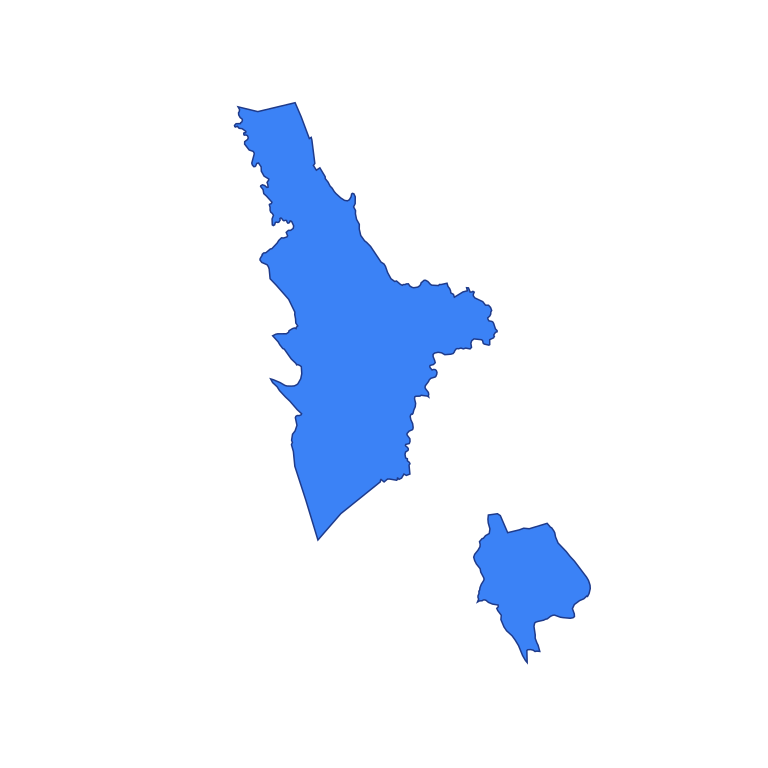 the district of Huehuetla, Puebla, Mexico, rotated 333°
{"feature_id": "50627088B77344252061017", "entity_name": "Huehuetla", "entity_type": "district", "adm_level": 2, "iso_a3": "MEX", "parent_name": "Mexico", "parent_adm1": "Puebla", "projection": "equal_earth", "projection_center": [-97.616, 20.098], "detail": "fine", "context": "isolated", "style": "filled", "palette": "blue", "viewbox_px": 768, "rotation_deg": 333, "n_neighbors": 0, "source": "geoboundaries", "source_scale": "gbopen_adm2", "svg_char_len": 6144}
<svg xmlns="http://www.w3.org/2000/svg" viewBox="0 0 768 768"><g transform="rotate(333 384 384)"><path d="M431.1,131.2L428.9,131.4L431.5,108.5L432.5,93.0L395.2,84.0L379.8,70.8L379.9,73.9L378.8,75.5L377.5,76.3L376.7,78.3L376.8,81.3L377.9,83.7L377.6,84.7L376.2,86.0L374.9,86.1L374.3,86.8L370.4,84.9L368.2,85.7L367.9,86.9L368.3,87.6L370.3,87.8L371.0,90.4L373.5,92.1L375.5,96.0L375.4,96.7L374.7,97.3L373.5,96.6L372.9,96.9L372.3,98.3L372.5,98.8L374.2,99.6L374.9,100.5L375.1,101.1L374.8,103.1L373.4,104.2L369.9,104.8L368.7,107.0L370.1,114.3L373.0,117.3L373.2,118.7L372.9,120.0L366.5,127.1L366.1,128.9L366.6,131.2L367.7,131.7L368.6,131.5L370.8,129.7L372.5,130.1L373.1,134.7L371.3,138.7L371.5,144.3L374.4,149.0L373.8,149.9L371.3,151.3L371.0,153.6L370.1,156.0L368.9,155.7L367.8,153.0L366.1,151.3L364.2,151.4L363.7,152.0L364.5,155.8L363.3,159.8L364.6,163.2L366.7,171.1L365.5,172.1L363.6,171.9L363.2,172.2L362.7,174.9L361.4,177.4L361.1,179.4L361.9,181.3L362.1,183.5L359.2,186.1L356.7,191.5L357.3,192.6L358.0,192.6L358.4,192.3L358.8,192.5L360.5,190.8L361.4,190.8L362.8,191.9L363.9,192.0L365.8,190.9L366.4,189.3L367.2,189.2L367.9,189.7L368.3,192.1L368.9,193.1L370.7,193.5L371.4,194.1L371.1,195.8L371.4,197.1L372.5,197.3L373.5,197.0L374.0,196.2L374.9,196.3L375.5,197.5L375.3,202.1L373.7,204.2L370.5,204.7L368.6,203.7L365.7,204.5L365.4,208.2L364.2,208.9L360.7,208.3L359.0,207.2L355.4,208.3L352.8,209.9L345.6,212.5L343.9,212.1L338.3,213.4L336.2,212.6L334.3,213.2L334.3,213.7L330.6,216.0L329.8,217.2L330.3,220.2L334.0,224.7L334.2,227.0L333.9,229.4L330.3,238.5L332.9,247.2L337.5,265.3L337.2,279.5L336.0,281.6L334.8,285.7L333.1,289.6L333.5,293.1L331.5,293.7L330.8,294.7L329.6,293.4L327.6,293.1L323.6,293.4L322.5,294.6L319.8,294.9L312.0,291.0L310.1,290.5L306.7,290.5L308.8,298.3L309.0,301.8L309.9,306.4L311.0,307.7L312.7,319.5L314.8,325.5L314.9,327.4L316.0,327.5L317.6,329.6L318.2,331.0L315.4,337.5L312.2,341.5L307.4,344.7L306.2,345.0L303.3,345.0L300.4,343.8L296.6,341.7L295.1,340.3L292.1,335.6L287.4,330.0L285.3,328.0L285.4,332.2L287.5,337.9L287.9,342.4L290.3,350.8L292.3,356.4L295.0,367.4L297.1,373.1L296.2,373.8L294.2,373.7L292.4,372.7L290.8,372.8L289.7,373.8L287.7,381.3L283.5,385.4L279.7,387.2L276.1,392.2L275.9,394.5L274.0,396.0L272.6,403.0L267.2,416.8L261.6,452.1L254.3,493.0L286.7,479.9L336.3,469.5L337.3,468.0L338.0,467.7L339.6,471.3L343.9,470.3L345.8,471.2L351.6,475.5L352.5,475.2L353.3,473.9L353.6,474.0L354.1,475.8L356.9,475.8L360.9,473.3L362.4,475.6L366.2,476.0L369.5,467.6L370.9,466.9L371.0,465.4L370.0,463.0L370.9,461.2L369.7,459.7L370.8,456.2L372.3,454.4L375.2,454.1L375.9,453.4L376.3,452.4L376.1,451.1L375.2,449.1L375.2,448.4L375.9,447.7L379.5,448.5L381.1,447.0L382.2,444.6L381.5,440.5L381.6,439.2L382.2,438.5L385.0,437.4L388.6,437.6L389.4,437.1L390.3,435.8L391.5,432.4L391.7,428.0L392.6,424.8L393.7,423.7L394.9,423.2L395.6,423.8L396.5,423.3L398.8,420.7L401.5,418.5L403.4,415.6L404.5,411.0L405.6,409.4L406.9,409.4L410.5,411.1L412.0,410.9L417.2,414.5L417.9,415.8L418.1,414.7L419.1,413.6L419.7,411.6L418.9,407.3L418.9,405.9L419.9,404.4L424.8,402.0L426.3,400.8L428.4,400.2L432.7,401.0L433.6,400.8L435.4,399.3L436.5,397.7L436.7,395.7L436.1,394.4L434.9,393.6L433.2,393.3L432.5,390.4L432.8,388.9L433.6,388.4L436.9,389.1L439.3,388.3L439.8,386.1L440.2,381.9L441.2,379.9L443.1,379.4L446.6,380.3L449.4,382.3L451.5,385.5L457.1,387.8L459.4,388.2L461.4,387.3L461.9,386.6L464.3,385.5L465.2,385.6L466.3,386.4L468.9,386.9L470.6,388.7L473.1,389.1L476.6,391.8L478.6,391.1L479.9,387.1L481.9,385.2L484.7,384.7L491.1,388.9L491.5,390.2L490.9,392.7L491.4,393.9L495.1,397.0L496.1,396.9L498.3,392.5L502.6,392.6L504.0,391.6L503.8,391.0L504.2,390.0L506.8,388.6L508.5,388.8L509.0,387.7L508.3,385.5L509.2,379.8L509.1,378.2L508.5,377.2L506.2,375.4L506.0,373.5L506.4,372.2L509.2,371.4L510.8,370.2L511.9,368.3L513.3,367.4L513.7,364.2L512.9,361.3L510.2,359.8L509.4,355.5L504.0,348.5L503.6,346.0L504.4,344.5L506.1,343.1L505.3,341.8L504.4,342.0L502.5,341.2L502.9,336.7L501.3,335.7L500.6,338.8L496.2,337.8L486.1,338.6L486.6,335.7L484.9,333.1L485.6,331.2L485.8,328.8L485.3,326.1L485.9,322.8L480.0,321.3L478.6,320.5L477.2,321.0L471.4,317.6L470.6,316.2L469.6,312.6L468.2,310.5L466.8,309.8L463.0,310.7L461.9,311.9L460.4,312.7L458.0,313.0L454.1,311.7L452.7,310.4L451.5,308.3L451.2,305.8L449.2,304.9L448.0,305.0L446.3,304.1L445.2,304.4L444.6,303.7L443.8,302.5L441.9,297.9L440.1,297.5L438.0,293.4L437.8,286.3L438.7,279.9L438.5,277.1L436.7,274.0L434.5,255.3L432.8,249.9L431.7,247.6L430.7,241.1L432.3,234.7L434.5,230.5L434.3,224.8L435.8,219.4L437.4,216.5L437.3,212.4L440.2,210.2L443.4,204.1L443.5,200.8L442.4,199.8L441.4,200.0L439.7,202.2L436.8,204.1L434.6,204.2L432.2,202.5L429.9,198.5L427.6,192.4L427.0,189.9L426.7,186.0L425.8,183.1L425.8,178.8L424.9,174.3L425.7,172.6L425.0,162.3L420.8,162.8L420.3,157.2L422.5,156.1L430.5,133.9L431.1,131.2ZM466.1,582.2L447.7,578.9L443.0,575.9L438.4,575.4L426.7,572.6L427.9,554.1L426.2,551.1L417.5,548.1L415.2,551.7L413.8,555.1L412.6,561.2L409.9,565.0L405.6,565.2L402.5,566.6L401.2,566.3L397.5,567.8L396.9,570.5L395.6,572.6L392.2,574.8L387.5,576.9L385.3,579.0L384.6,582.6L384.6,586.3L385.8,592.2L384.8,595.6L384.9,601.8L384.6,603.3L383.5,604.4L379.8,606.6L377.1,609.0L375.7,611.0L374.5,611.7L373.5,613.8L371.5,615.5L370.8,617.0L370.7,618.6L368.3,620.7L370.6,620.6L373.1,621.7L374.4,621.5L375.6,622.0L376.7,623.1L377.9,626.0L380.8,629.4L385.3,632.7L384.7,634.4L382.6,635.1L382.5,637.5L383.5,643.3L381.2,647.0L380.6,655.0L381.2,659.6L383.8,666.4L384.6,671.5L385.1,678.2L384.2,688.9L384.5,694.6L385.1,697.2L390.3,686.3L391.4,686.0L394.1,687.2L396.1,688.9L397.1,690.9L398.9,691.4L401.4,693.0L402.7,686.7L402.7,684.1L403.3,679.1L404.8,676.3L407.6,668.0L409.7,665.4L411.1,665.1L413.2,665.4L419.0,666.9L421.1,666.9L422.8,667.4L426.9,666.6L429.4,666.7L431.0,667.3L435.3,671.9L437.4,673.4L443.6,677.3L446.4,678.1L448.1,677.7L449.2,675.2L449.9,669.7L453.5,666.9L459.9,665.8L464.5,666.1L468.4,665.0L468.9,665.7L471.6,663.8L474.9,659.9L476.2,656.9L476.6,654.7L477.0,651.9L476.8,648.2L473.3,628.5L471.5,622.1L470.3,616.0L466.9,604.7L467.4,598.2L468.6,594.1L468.6,591.8L468.1,588.2L467.3,587.2L466.1,582.2Z" fill="#3b82f6" stroke="#1e3a8a" stroke-width="1.5"/></g></svg>